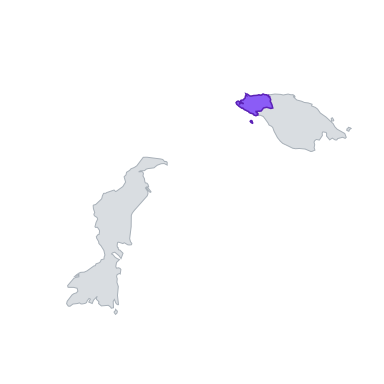 Malaysia, with Johor highlighted, rotated 145°
{"feature_id": "MYS-1143", "entity_name": "Johor", "entity_type": "State", "adm_level": 1, "iso_a3": "MYS", "parent_name": "Malaysia", "parent_adm1": "", "projection": "orthographic", "projection_center": [103.469, 2.081], "detail": "fine", "context": "in_parent", "style": "filled", "palette": "violet", "viewbox_px": 384, "rotation_deg": 145, "n_neighbors": 0, "source": "natural_earth", "source_scale": "10m", "svg_char_len": 6590}
<svg xmlns="http://www.w3.org/2000/svg" viewBox="0 0 384 384"><g transform="rotate(145 192 192)"><path d="M331.3,190.4L329.2,190.0L326.3,188.2L323.3,187.6L314.7,187.7L313.5,187.1L311.8,188.2L308.8,187.3L307.1,187.4L305.2,188.6L302.5,187.6L301.2,189.2L299.5,190.3L297.7,194.7L297.4,200.0L297.8,203.2L296.9,205.0L296.6,208.7L296.0,210.3L293.5,211.0L292.5,210.5L290.3,212.8L289.8,213.7L289.7,217.3L291.4,218.4L291.4,219.2L287.9,222.2L284.8,223.9L284.4,225.5L285.6,228.6L285.1,230.1L283.5,230.9L282.3,234.9L280.8,237.5L280.3,237.8L278.1,237.0L269.9,238.2L267.5,240.3L265.2,241.6L263.3,240.4L262.4,240.5L254.7,238.3L254.4,236.3L253.6,236.0L245.6,236.1L240.7,238.2L238.9,243.4L236.2,243.9L234.3,245.7L230.8,245.5L228.7,246.0L225.3,245.2L222.2,245.1L212.0,248.4L208.7,246.1L198.7,237.0L197.3,235.4L197.0,232.6L195.9,232.1L195.5,231.4L195.3,230.6L196.9,228.3L198.4,231.2L200.9,232.8L205.2,233.9L209.3,233.6L214.8,236.5L216.7,237.0L218.6,236.7L222.1,239.0L224.2,239.1L221.4,237.5L220.9,236.3L221.2,235.0L223.0,233.2L223.3,230.3L224.7,227.5L225.0,226.2L223.9,225.2L223.7,223.5L224.5,221.1L226.4,222.3L227.9,222.0L227.9,217.7L229.1,215.8L231.0,214.5L249.9,210.0L253.0,209.0L255.1,207.7L261.8,198.4L269.8,189.6L270.9,186.6L270.8,184.4L271.3,183.9L272.1,183.6L273.9,184.7L274.9,185.6L276.6,189.3L278.2,189.4L280.8,192.9L281.5,193.3L282.2,193.1L284.3,190.8L284.8,189.1L284.4,188.9L285.3,186.9L284.4,185.7L283.6,181.4L288.3,178.2L288.4,181.8L289.8,187.0L292.2,187.7L293.4,187.4L292.7,185.8L292.4,182.7L291.7,180.7L290.2,178.2L294.2,177.6L297.1,174.8L297.6,173.0L295.6,172.0L294.8,170.7L294.7,169.3L297.8,166.0L298.2,166.9L300.1,167.2L301.1,167.1L302.4,165.8L303.0,163.8L305.3,161.1L306.6,156.8L312.4,150.0L316.8,141.9L317.8,142.6L318.1,144.7L317.2,148.5L319.3,147.6L322.7,142.2L324.8,143.1L324.7,144.6L325.6,147.2L331.6,150.7L332.5,154.2L331.2,155.5L331.8,158.8L331.3,159.9L329.4,160.9L334.7,159.9L337.7,157.9L339.7,161.1L336.7,162.5L337.4,163.9L340.2,163.0L341.9,161.9L343.6,162.1L346.4,163.4L347.2,164.1L347.8,165.7L349.7,166.3L353.8,168.5L357.5,168.4L358.8,169.5L358.8,172.4L356.9,174.1L349.3,176.5L347.3,176.5L344.5,175.7L342.4,176.2L341.3,179.0L343.6,181.7L347.6,184.5L348.2,185.2L347.5,186.7L338.5,189.0L336.6,188.8L333.3,187.4L331.3,190.4ZM33.3,152.3L34.3,148.3L35.8,148.1L37.2,150.4L42.0,152.2L43.5,151.6L44.2,152.0L44.9,152.6L46.2,155.7L49.3,155.7L49.7,160.7L48.2,162.6L48.0,163.9L50.3,166.2L51.6,165.6L52.8,163.5L57.9,161.5L60.0,163.7L61.9,163.7L63.4,162.9L64.4,160.3L66.5,158.3L67.3,155.8L70.2,156.4L71.4,157.0L74.7,162.3L79.1,166.1L82.4,168.1L84.4,170.1L89.8,179.8L90.5,182.9L90.8,187.6L89.9,194.8L88.9,198.4L89.1,200.1L90.5,202.7L90.1,205.2L90.3,212.9L91.9,215.6L96.7,218.9L103.7,233.8L104.9,237.9L104.2,239.5L103.0,239.9L101.9,239.1L101.2,237.1L99.6,235.5L99.8,238.4L96.8,238.0L94.7,238.5L92.2,240.5L91.0,240.6L88.8,236.8L80.9,232.6L78.0,231.5L74.9,228.2L67.9,224.7L63.5,221.2L61.6,219.1L57.1,217.1L55.2,214.9L53.3,213.7L54.3,211.5L53.4,207.3L50.2,203.5L48.6,200.9L45.7,198.3L43.3,195.0L44.7,194.0L42.4,190.5L41.6,187.9L41.6,183.1L39.2,176.4L37.2,167.0L37.6,163.7L37.1,160.2L33.3,152.3ZM322.8,138.8L321.9,139.7L321.5,137.2L322.8,135.9L324.8,135.6L324.9,137.9L324.5,138.5L322.8,138.8ZM28.7,151.8L29.9,153.7L28.9,154.8L28.2,154.5L26.8,155.3L25.4,153.5L25.2,152.7L27.0,152.8L28.7,151.8ZM227.0,221.5L226.5,221.7L225.7,221.1L225.4,215.8L226.0,215.4L226.8,216.4L227.0,221.5ZM37.0,170.1L35.7,172.5L34.4,172.2L34.7,169.4L35.4,169.1L37.0,170.1ZM336.5,190.1L334.1,190.4L332.5,190.4L332.7,189.0L333.5,188.8L336.5,190.1ZM103.7,216.3L102.5,216.4L102.1,215.7L103.1,213.9L103.7,216.3ZM53.7,211.9L52.8,212.2L52.9,211.1L53.6,210.5L53.7,211.9Z" fill="#d9dde1" stroke="#a8b0b8" stroke-width="1"/><path d="M93.7,217.4L93.9,217.5L94.2,217.5L94.5,217.5L94.8,217.8L95.0,217.9L95.6,217.7L95.9,217.8L95.9,218.0L96.5,218.7L96.7,218.9L97.2,219.9L97.0,220.3L97.0,220.6L97.1,221.0L98.4,222.6L98.5,222.7L98.9,223.0L99.0,223.1L99.1,223.3L99.1,223.6L99.2,223.8L99.3,224.0L99.6,224.4L99.6,224.6L99.6,224.8L99.4,225.1L99.4,225.3L99.5,225.6L100.3,226.6L100.8,227.7L101.1,228.2L101.3,228.6L101.4,228.8L101.8,229.2L101.9,229.4L102.0,229.8L102.0,230.1L102.0,230.9L102.1,231.2L102.3,231.6L102.5,231.8L102.7,231.6L102.8,231.6L103.3,232.4L103.5,233.2L103.8,233.7L103.9,233.9L103.9,234.5L104.0,234.8L104.2,235.0L104.3,235.2L104.2,235.4L104.4,235.6L104.5,236.4L104.8,237.3L105.0,238.1L105.0,238.5L104.9,238.7L104.8,238.9L104.8,239.6L104.7,239.9L104.1,239.9L104.0,240.0L103.8,240.2L103.7,240.3L102.9,240.2L102.6,240.2L101.9,239.9L101.7,239.6L101.8,239.3L101.7,239.0L101.5,238.8L101.2,238.7L101.0,237.9L101.4,237.6L102.1,237.3L102.5,236.8L102.2,236.7L101.8,236.8L101.6,237.0L101.0,237.4L100.9,237.5L100.8,237.4L100.7,237.1L100.1,235.9L99.7,235.3L99.3,235.1L99.2,235.3L99.4,235.7L100.1,236.8L100.1,237.0L100.0,237.5L100.1,238.0L100.1,238.5L99.5,239.0L98.7,238.8L97.2,238.0L96.7,238.0L96.0,238.4L95.7,238.5L95.0,238.4L94.7,238.5L94.4,238.6L93.5,239.7L93.0,240.1L92.4,240.0L92.3,239.8L92.1,239.6L92.1,239.9L92.2,240.2L92.2,240.3L92.1,240.5L91.8,241.0L91.6,241.6L91.4,241.2L90.8,240.7L90.5,240.4L90.4,240.0L89.8,238.2L89.5,237.5L89.0,236.9L88.3,236.5L86.2,235.7L83.3,233.9L82.6,233.6L82.2,233.4L81.8,233.4L81.5,233.3L81.3,233.2L81.1,232.7L80.7,232.3L80.3,231.9L79.8,231.6L79.3,231.4L79.0,231.5L78.2,231.6L77.9,231.6L77.5,231.4L77.2,231.1L76.9,230.3L76.6,230.0L75.2,228.9L75.0,228.6L74.9,228.4L75.1,228.4L75.0,228.2L74.8,228.0L74.5,227.7L73.8,227.4L74.1,226.9L74.3,226.8L74.5,226.8L74.7,226.6L74.7,226.3L74.7,226.1L74.4,225.9L74.0,225.7L73.9,225.7L73.7,225.4L74.0,225.1L74.1,224.9L74.1,224.7L74.1,224.3L74.4,223.4L74.4,223.2L74.4,222.9L74.5,222.7L74.8,222.2L75.0,222.1L75.4,221.9L75.8,221.7L75.8,221.2L76.1,220.8L76.1,220.7L76.1,220.4L76.0,220.2L76.1,219.9L76.1,219.7L76.1,219.3L76.1,219.1L76.2,218.9L76.3,218.8L76.4,218.7L76.5,218.6L76.4,218.3L76.4,218.2L76.5,217.6L77.5,215.0L77.6,214.5L78.3,214.7L79.2,215.1L79.5,215.2L81.9,218.2L82.5,218.7L85.3,219.8L88.0,218.9L88.7,218.7L89.0,218.7L89.2,218.8L89.4,219.0L90.4,219.4L90.6,219.6L90.7,219.8L93.2,221.2L93.3,221.3L93.4,221.2L93.6,220.7L93.6,220.4L93.6,220.2L93.4,220.0L93.2,219.9L93.1,219.7L93.3,219.4L93.2,219.1L93.3,218.9L93.4,218.7L93.4,218.4L93.2,218.3L93.1,218.2L93.5,217.8L93.5,217.7L93.7,217.4ZM103.8,215.4L103.8,216.3L103.8,216.5L103.6,216.6L103.2,216.7L102.9,216.7L102.6,216.7L102.3,216.3L102.2,216.1L102.2,215.9L102.1,215.6L102.1,215.4L102.4,215.2L102.5,215.1L102.7,214.8L102.7,214.6L102.6,214.3L102.6,214.0L102.6,213.9L102.7,213.7L102.9,213.6L103.0,213.6L103.2,213.8L103.2,214.0L103.4,214.4L103.6,214.7L103.8,215.4Z" fill="#8b5cf6" stroke="#5b21b6" stroke-width="1.5"/></g></svg>